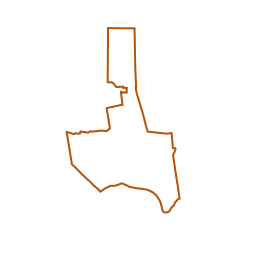 Colibasi, Giurgiu, Romania (Albers equal-area conic projection), rotated 322°
{"feature_id": "2599482B40153006578740", "entity_name": "Colibasi", "entity_type": "district", "adm_level": 2, "iso_a3": "ROU", "parent_name": "Romania", "parent_adm1": "Giurgiu", "projection": "albers", "projection_center": [26.205, 44.233], "detail": "fine", "context": "isolated", "style": "outline", "palette": "amber", "viewbox_px": 256, "rotation_deg": 322, "n_neighbors": 0, "source": "geoboundaries", "source_scale": "gbopen_adm2", "svg_char_len": 5509}
<svg xmlns="http://www.w3.org/2000/svg" viewBox="0 0 256 256"><g transform="rotate(322 128 128)"><path d="M152.6,172.8L152.4,172.8L152.2,172.6L151.6,172.0L151.4,171.8L151.3,171.7L151.0,171.5L159.2,158.8L155.8,156.8L154.1,155.5L152.6,154.0L147.2,148.7L141.4,143.0L141.5,142.3L141.9,141.1L142.4,140.1L142.5,139.7L142.7,139.4L142.8,139.0L143.4,137.7L143.6,137.3L143.9,136.4L144.4,135.3L145.0,133.9L145.3,133.0L146.4,130.7L147.0,129.4L147.3,128.6L147.7,127.9L149.2,124.1L150.2,121.5L150.7,120.2L151.2,118.9L151.9,117.3L152.1,116.6L152.4,116.0L152.9,114.7L154.2,111.3L154.9,109.4L155.4,108.1L155.7,107.5L155.7,107.2L155.9,106.6L156.7,105.1L157.7,103.3L157.6,103.2L158.4,101.9L158.6,101.6L158.7,101.3L159.4,100.4L159.7,100.6L170.0,86.1L194.5,53.5L193.2,52.4L191.1,50.8L190.5,50.3L190.4,50.2L188.6,48.8L184.2,45.4L183.1,44.5L182.4,43.9L181.8,43.5L181.7,43.4L180.3,42.2L178.6,40.9L173.8,37.0L169.3,42.7L161.0,53.2L159.0,55.6L157.4,57.7L156.6,58.6L155.5,60.1L154.3,61.6L153.2,63.0L152.4,64.0L151.6,65.0L150.8,66.0L149.3,67.9L146.6,71.2L145.2,73.1L144.1,74.5L142.9,76.0L141.4,77.9L140.2,79.4L143.3,82.1L143.5,82.4L143.8,83.0L143.9,83.4L144.0,84.8L144.0,86.3L144.1,86.8L144.0,87.2L144.0,88.2L144.1,88.4L144.2,88.6L144.5,89.0L144.8,89.3L146.7,90.4L147.3,90.8L149.6,92.5L148.9,93.4L149.6,94.0L150.6,94.9L151.2,94.9L151.4,95.2L151.7,95.5L151.5,95.9L151.3,96.3L151.2,96.4L151.1,96.5L150.8,96.7L150.7,96.8L149.9,97.8L149.3,98.5L148.9,99.2L148.7,99.3L148.4,99.0L147.7,98.5L147.5,98.2L147.2,98.0L147.0,97.8L146.6,97.4L146.4,97.2L146.2,97.1L146.1,96.9L145.9,96.9L145.7,97.0L145.6,96.9L145.6,96.7L145.4,96.5L145.3,96.2L145.3,95.8L145.2,95.7L144.9,95.3L144.6,95.2L144.2,95.9L144.0,96.2L139.8,103.3L138.9,104.8L138.1,106.3L135.5,105.0L133.8,104.2L133.6,104.1L132.0,103.4L131.2,102.9L130.6,102.7L129.8,102.3L129.1,102.0L128.9,101.9L128.2,101.5L127.4,101.1L126.8,100.8L126.3,100.6L125.1,100.0L124.6,99.8L123.7,99.4L123.3,99.2L123.1,99.6L122.4,101.0L122.2,101.4L122.0,101.6L121.6,102.3L121.3,102.9L120.8,103.9L120.5,104.6L120.4,104.8L120.1,105.2L120.0,105.5L119.7,106.1L119.5,106.4L118.8,107.6L118.5,108.1L118.0,109.0L117.7,109.4L117.6,109.6L117.8,109.9L117.6,110.1L117.2,110.5L117.0,110.8L116.7,111.4L116.3,112.1L116.1,112.6L115.8,113.1L115.7,113.3L115.0,114.5L114.4,115.7L114.2,116.0L113.8,116.6L113.4,117.2L113.3,117.3L113.2,117.3L113.0,117.2L112.8,117.1L112.5,117.1L112.3,117.1L112.1,117.2L110.9,117.3L110.5,117.3L109.7,117.3L109.2,117.2L108.9,117.0L108.6,116.8L108.2,116.3L107.8,115.8L107.4,115.4L106.7,114.9L106.2,114.5L105.7,114.0L105.2,113.5L104.7,113.0L104.1,112.7L103.5,112.5L102.7,112.1L102.4,111.9L102.0,111.5L101.0,110.9L98.7,109.4L97.4,108.8L96.9,108.3L96.6,107.6L96.3,107.3L95.9,107.3L95.0,107.3L94.1,107.2L93.4,106.7L92.2,105.6L90.9,104.1L89.9,103.2L89.2,102.4L88.5,101.5L88.1,101.7L86.9,102.8L86.6,102.7L85.9,102.3L85.2,101.6L83.9,100.3L83.6,100.0L83.1,99.8L82.2,99.6L81.6,99.5L81.3,99.3L80.3,97.7L78.7,95.2L77.1,93.5L67.2,111.7L64.2,117.0L64.0,117.5L63.8,118.0L62.5,120.2L62.1,121.0L61.5,121.6L61.7,124.0L62.2,126.4L62.3,127.8L62.3,128.6L62.4,128.9L62.6,130.2L62.8,132.1L63.0,133.3L63.1,135.4L63.2,135.9L63.3,137.2L63.5,137.5L63.7,138.5L63.8,139.3L63.9,140.1L64.0,141.1L64.1,141.8L64.3,143.3L64.4,143.5L64.5,144.0L64.6,144.6L64.8,145.1L64.9,145.4L65.0,145.8L65.0,146.4L65.1,147.5L65.4,150.2L65.5,150.7L65.6,150.9L65.4,151.6L65.5,152.0L65.6,152.7L66.2,155.0L66.4,155.8L66.7,157.2L66.8,158.0L66.8,158.8L66.8,159.0L66.9,159.7L67.0,160.4L67.1,161.2L68.4,161.2L70.3,161.4L71.0,161.4L72.1,161.5L72.8,161.5L73.3,161.6L73.9,161.7L74.9,162.0L76.7,162.4L77.0,162.5L77.4,162.6L78.2,162.7L78.4,162.7L79.2,163.2L80.6,164.3L82.1,165.5L82.3,165.6L82.6,165.7L83.0,165.8L83.3,165.9L83.5,166.0L84.0,166.1L84.2,166.3L84.4,166.4L84.6,166.4L84.8,166.5L85.3,166.5L85.5,166.6L85.9,166.9L86.0,167.0L86.5,167.1L86.9,167.2L87.2,167.2L87.4,167.2L87.7,167.2L88.0,167.1L88.2,167.3L88.4,167.4L88.5,167.5L88.8,167.8L89.0,168.0L89.4,168.4L89.5,168.6L89.7,168.8L89.9,169.2L90.1,169.3L90.2,169.6L90.3,169.7L90.4,170.1L90.5,170.2L90.5,170.3L90.6,170.5L90.7,170.9L90.8,171.2L91.0,171.5L91.2,171.8L91.3,172.0L91.6,172.3L91.7,172.5L91.9,172.9L92.0,173.2L92.1,173.5L92.3,173.9L92.4,174.0L92.6,174.8L92.8,175.0L93.2,175.5L93.5,175.8L93.6,176.0L93.9,176.4L94.2,176.8L94.6,177.2L95.0,177.6L95.2,177.9L96.3,179.2L98.9,182.0L100.9,183.8L103.9,187.1L105.0,188.3L107.2,192.4L107.9,193.9L108.7,197.4L108.8,198.5L108.4,204.3L108.3,205.1L106.2,210.5L104.3,214.3L104.5,216.5L105.4,217.6L106.0,218.1L107.6,218.8L109.1,219.0L109.6,218.9L113.3,217.5L115.1,217.1L116.6,217.2L119.0,215.8L120.5,215.4L123.1,215.0L123.8,215.0L124.6,215.2L125.2,215.4L125.8,214.2L126.4,213.2L126.6,212.8L126.9,212.4L127.2,211.8L127.5,211.3L127.5,211.2L127.8,210.7L128.4,209.9L128.5,209.6L128.6,209.4L129.0,208.7L129.5,207.8L129.6,207.6L129.8,207.2L129.9,206.9L130.1,206.7L130.3,206.5L130.5,206.3L130.6,206.2L131.8,203.8L132.4,202.9L132.9,201.9L133.3,201.2L133.3,200.9L134.0,199.8L134.5,198.9L134.6,198.7L135.1,197.9L135.7,196.7L136.2,195.9L136.8,194.8L137.2,194.0L137.4,193.8L137.5,193.5L137.7,193.2L137.8,192.9L138.0,192.5L138.4,191.8L138.8,191.0L139.2,190.4L139.1,190.5L139.5,189.8L140.2,188.7L140.4,188.4L140.6,188.0L140.7,187.8L141.0,187.3L141.3,186.8L142.4,184.9L142.9,184.1L143.9,182.1L144.0,181.9L144.8,180.5L145.2,179.8L145.6,179.3L145.9,178.7L146.1,178.3L146.6,177.5L146.8,177.2L147.1,176.9L148.1,176.4L150.1,175.4L150.8,174.9L151.4,174.6L151.9,174.3L152.1,174.2L152.5,173.7L152.7,173.4L152.7,173.1L152.6,172.9L152.6,172.8Z" fill="none" stroke="#b45309" stroke-width="2"/></g></svg>